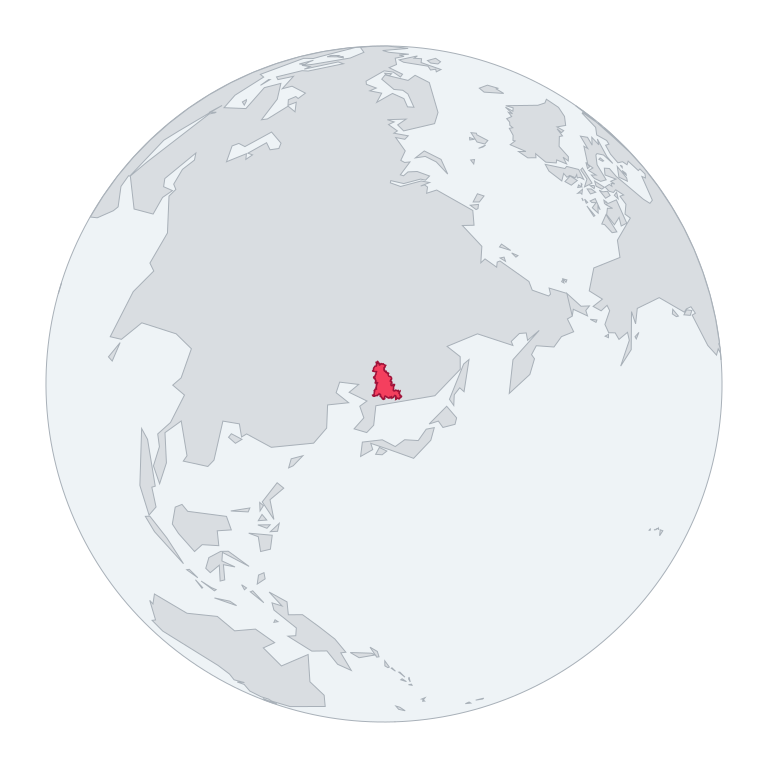 Jilin on an orthographic globe, rotated 35°
{"feature_id": "CHN-1828", "entity_name": "Jilin", "entity_type": "Province", "adm_level": 1, "iso_a3": "CHN", "parent_name": "China", "parent_adm1": "", "projection": "orthographic", "projection_center": [126.245, 43.576], "detail": "fine", "context": "on_globe", "style": "filled", "palette": "rose", "viewbox_px": 768, "rotation_deg": 35, "n_neighbors": 0, "source": "natural_earth", "source_scale": "10m", "svg_char_len": 17329}
<svg xmlns="http://www.w3.org/2000/svg" viewBox="0 0 768 768"><g transform="rotate(35 384 384)"><circle cx="384" cy="384" r="338" fill="#eef3f6" stroke="#a8b0b8"/><path d="M645.9,584.1L645.6,585.3L645.2,585.8L645.9,584.1ZM634.9,157.6L635.2,159.1L638.2,161.3L646.3,171.0L642.1,165.9L637.6,163.5L639.8,169.6L627.1,166.7L596.9,150.8L598.5,147.4L591.1,144.7L588.6,149.1L588.8,152.9L559.9,155.4L548.1,176.8L555.6,190.4L545.2,182.7L566.8,214.1L567.6,233.6L559.9,207.5L553.8,202.0L550.9,212.7L544.0,209.5L538.7,213.1L530.8,208.5L526.8,194.5L521.6,191.6L519.9,199.5L510.8,200.5L514.2,189.2L498.7,190.0L489.3,168.6L504.7,145.0L492.7,132.3L490.6,106.8L484.0,106.6L479.1,98.0L469.6,94.8L471.9,91.7L462.4,92.0L462.1,95.5L457.8,97.0L452.2,95.8L454.1,91.3L457.2,91.3L454.9,89.4L458.3,87.8L453.4,87.9L456.5,83.1L445.2,86.0L440.7,80.8L445.0,78.2L455.3,80.8L490.7,83.9L498.2,83.5L498.4,79.5L476.2,66.1L480.0,65.2L477.3,62.2L470.3,61.1L469.9,63.3L456.2,61.4L457.3,65.0L451.9,65.1L448.7,68.6L437.7,65.8L428.6,61.3L430.7,58.5L426.7,56.8L415.4,58.0L410.2,52.4L391.1,48.6L391.0,47.8L407.6,47.7L431.3,50.4L453.0,53.3L427.2,49.4L427.5,48.9L424.9,48.6L448.8,52.4L472.4,57.8L495.4,65.0L517.9,73.8L539.8,84.1L560.8,96.0L580.9,109.4L600.1,124.2L618.1,140.3L634.9,157.6ZM414.6,47.5L411.1,47.2L409.5,47.0L414.6,47.5ZM696.8,350.2L693.9,345.0L696.6,344.3L696.8,350.2ZM691.5,344.6L692.7,345.8L691.6,345.3L691.5,344.6ZM690.3,346.1L691.2,345.0L690.5,346.9L690.3,346.1ZM689.0,348.9L689.6,347.1L689.6,347.6L689.0,348.9ZM685.9,351.3L685.0,351.7L685.3,349.5L685.9,351.3ZM590.0,155.3L589.3,149.7L594.0,147.2L595.5,152.1L590.0,155.3ZM580.0,161.2L577.7,157.2L586.2,159.5L584.9,161.1L580.0,161.2ZM562.5,201.3L563.2,195.5L564.8,202.4L562.5,201.3ZM539.4,214.5L541.3,217.3L537.7,218.0L539.4,214.5ZM455.0,70.1L452.0,69.3L454.1,69.0L455.0,70.1ZM456.5,72.5L461.3,72.7L462.7,73.9L459.8,73.7L456.5,72.5ZM522.3,211.9L515.8,212.7L521.7,209.4L522.3,211.9ZM450.4,72.1L464.6,76.0L467.0,78.3L457.8,79.8L450.4,72.1ZM511.7,211.5L496.2,214.2L499.3,220.4L481.8,204.9L500.8,207.3L507.5,202.2L507.1,208.0L511.7,211.5ZM464.4,97.3L464.5,93.5L469.6,98.0L464.4,97.3ZM468.7,99.9L490.6,113.0L487.7,118.5L481.0,112.7L481.4,121.4L469.2,117.5L466.2,111.9L470.5,109.0L462.6,109.9L468.7,99.9ZM474.7,196.3L470.4,195.2L474.1,193.8L474.7,196.3ZM456.5,98.0L461.1,99.9L459.0,104.7L449.2,101.8L453.0,101.1L456.5,98.0ZM487.5,125.8L484.1,129.2L473.3,126.9L470.6,128.0L468.7,117.9L487.5,125.8ZM450.7,99.4L444.3,100.3L440.2,97.0L451.7,96.5L450.7,99.4ZM462.5,107.3L461.0,109.6L458.7,107.3L462.5,107.3ZM422.2,86.6L427.8,88.2L427.2,90.8L422.2,86.6ZM442.2,100.9L443.6,102.0L444.0,103.4L439.1,103.3L442.2,100.9ZM461.2,117.3L457.4,115.8L461.4,121.2L453.5,120.1L453.7,113.8L450.3,116.1L447.9,115.8L450.7,111.0L461.2,117.3ZM435.2,107.5L432.7,99.7L422.3,95.7L422.6,93.2L439.2,100.1L435.2,107.5ZM444.1,109.9L438.6,107.7L441.8,105.4L447.4,105.5L444.1,109.9ZM448.1,121.8L460.2,125.1L459.7,126.4L448.1,121.8ZM431.6,106.7L432.3,108.6L430.5,106.6L431.6,106.7ZM442.3,117.5L446.7,118.4L446.0,119.9L442.3,117.5ZM430.0,111.9L429.2,109.3L433.0,109.1L430.0,111.9ZM435.2,114.8L433.3,116.7L434.9,110.7L437.2,115.0L435.2,114.8ZM441.0,118.8L442.1,119.9L439.3,118.2L441.0,118.8ZM416.1,114.4L417.2,106.9L425.6,106.4L423.4,113.7L416.1,114.4ZM181.0,113.9L180.8,114.0L167.6,124.7L144.1,152.2L139.4,157.9L131.4,163.3L105.1,201.3L109.4,201.6L96.3,232.9L94.5,249.4L112.9,237.6L116.0,209.9L127.1,196.9L133.2,211.9L132.1,237.8L136.5,233.7L146.1,211.4L155.0,212.1L150.5,203.5L145.5,210.8L142.6,206.0L146.9,199.1L149.9,199.4L152.8,190.8L137.9,192.8L131.3,200.5L133.4,183.9L122.5,195.5L119.8,194.1L137.2,174.3L142.4,171.1L167.1,144.9L161.7,146.5L138.1,171.8L141.4,166.4L134.0,170.1L142.2,163.1L169.4,136.3L177.3,123.8L171.6,121.8L179.5,115.0L193.3,105.0L211.3,95.2L191.6,111.6L197.7,109.5L215.2,99.6L207.7,105.8L212.5,104.1L206.3,110.7L211.0,115.1L206.8,121.9L221.5,119.6L221.4,123.1L212.7,123.2L204.5,127.4L195.6,146.2L197.7,148.6L207.9,146.0L204.2,152.0L215.3,147.1L216.5,157.5L224.3,141.1L236.6,138.8L244.3,143.5L249.8,140.1L237.2,132.7L230.9,132.6L223.2,137.0L207.3,135.6L207.6,130.2L229.6,121.5L232.4,113.3L248.2,111.1L272.5,130.6L276.1,141.7L254.9,165.4L246.6,163.9L250.2,154.3L235.1,165.6L242.0,163.5L238.9,168.9L249.8,169.0L248.2,172.9L261.5,166.8L260.7,171.6L252.2,175.4L267.7,180.9L269.5,191.2L273.8,190.7L277.9,187.2L277.4,203.3L280.6,202.2L282.0,196.5L289.3,190.9L302.0,187.5L301.1,193.2L296.4,195.2L285.2,208.5L272.9,213.5L273.8,215.6L284.3,212.7L298.0,196.4L305.8,192.8L300.5,200.8L303.1,197.6L306.7,197.7L309.5,203.3L315.9,194.9L357.2,190.9L366.7,202.3L357.3,209.2L385.2,215.1L393.8,229.2L395.0,223.6L409.3,223.7L406.8,219.2L408.5,216.7L443.9,216.9L451.6,222.1L468.3,217.5L468.9,214.9L464.2,210.7L481.8,204.9L499.3,220.4L496.9,225.5L509.4,232.4L502.2,243.4L502.0,256.2L486.8,265.3L488.0,275.3L492.8,277.0L498.0,292.5L492.0,319.9L475.7,290.1L480.4,251.1L476.6,265.9L471.2,260.6L465.9,265.0L463.8,276.1L467.5,278.5L431.8,289.3L414.1,317.0L430.7,317.9L438.0,328.2L432.4,364.4L389.8,406.5L399.2,423.7L397.7,433.7L385.2,437.9L386.9,423.3L376.9,416.1L379.8,407.7L360.2,410.8L363.5,398.9L346.6,407.9L349.8,418.6L365.8,419.6L349.8,433.5L362.3,453.0L360.3,472.8L328.0,500.5L300.1,503.7L297.7,509.1L288.4,499.6L273.3,506.8L288.4,543.9L287.0,552.6L263.8,562.3L263.8,555.8L239.1,530.6L232.5,549.5L251.0,573.4L257.4,594.4L242.1,583.3L236.0,564.2L227.3,554.7L231.2,538.0L226.9,507.5L211.6,506.1L214.3,495.3L206.0,465.6L185.0,462.1L150.5,472.8L143.3,498.0L132.6,502.3L125.6,452.2L130.6,423.5L122.9,419.2L120.0,384.5L100.1,353.4L101.9,344.0L97.1,340.9L95.8,323.8L100.3,309.3L97.4,302.7L86.6,341.4L90.3,348.8L99.8,346.9L95.6,358.2L97.4,377.2L78.9,384.0L56.9,359.1L62.5,338.2L85.9,263.1L89.5,259.4L90.0,258.8L90.7,257.5L84.9,262.0L91.6,248.7L70.7,294.6L63.8,310.6L56.5,359.5L55.3,359.9L55.2,373.0L64.6,391.4L62.9,397.3L53.8,412.3L47.6,415.7L46.2,391.1L46.5,366.5L48.7,342.0L52.7,317.7L58.4,293.7L65.8,270.2L74.9,247.4L85.7,225.2L98.0,203.9L111.9,183.6L127.2,164.3L143.9,146.2L161.8,129.4L181.0,113.9ZM123.0,276.1L127.5,292.3L139.2,274.3L142.0,279.3L144.9,271.7L140.1,273.0L149.4,253.7L156.3,257.5L162.8,251.4L161.5,245.8L147.4,242.1L133.9,269.3L127.1,270.2L123.0,276.1ZM422.1,48.2L426.0,48.7L424.0,48.5L417.4,47.7L420.4,48.0L422.1,48.2ZM384.1,46.3L381.2,46.1L385.9,46.2L390.6,46.2L406.4,47.0L391.7,47.6L395.6,46.9L384.1,46.3ZM423.3,49.2L415.0,48.0L424.7,49.3L423.3,49.2ZM244.6,90.9L238.2,94.3L234.1,94.1L239.5,87.6L245.5,87.6L244.6,90.9ZM230.0,99.4L250.3,93.7L247.8,98.3L245.8,96.5L242.0,100.1L237.8,98.4L215.5,109.2L210.5,109.8L223.2,96.1L221.8,99.9L228.2,96.0L230.0,99.4ZM306.7,77.9L315.4,77.3L298.6,87.5L292.4,87.0L297.3,79.9L307.6,76.4L306.7,77.9ZM431.4,74.8L435.9,75.2L435.3,76.2L431.1,76.7L431.4,74.8ZM424.9,87.1L411.4,74.6L415.8,74.2L402.7,68.3L409.2,65.2L417.5,69.0L412.7,62.7L422.8,64.9L418.2,60.9L436.0,69.8L444.9,72.1L432.5,70.5L426.3,73.1L426.2,74.9L432.8,82.2L448.9,89.3L445.3,93.7L438.5,94.9L434.0,93.9L437.8,91.2L429.2,91.7L431.2,87.2L424.9,87.1ZM360.8,116.4L366.9,112.1L350.1,115.6L352.0,109.7L349.9,110.5L347.1,106.2L340.0,102.7L342.5,100.2L338.7,99.9L336.7,97.4L332.3,96.3L335.2,91.7L330.0,90.1L334.3,88.9L324.7,87.6L333.1,86.6L331.4,83.7L324.1,86.2L350.2,67.4L354.6,61.5L353.7,57.6L368.3,57.3L378.4,61.3L384.5,68.0L378.2,74.2L385.9,73.4L385.2,76.3L379.4,75.7L387.9,78.4L385.7,80.7L391.1,88.9L404.7,92.1L407.0,95.6L400.6,95.5L407.4,99.0L396.9,101.4L398.3,104.1L389.3,109.5L376.1,108.4L378.7,111.5L372.0,116.3L360.8,116.4ZM413.2,115.7L397.0,115.0L390.1,111.6L408.6,103.7L408.8,101.0L420.4,96.6L430.2,101.8L425.9,102.4L424.1,104.4L421.8,102.0L422.3,105.4L416.5,106.6L415.3,109.7L410.4,108.5L413.2,115.7ZM140.5,159.3L138.1,162.9L135.7,167.8L131.0,170.5L140.5,159.3ZM158.8,140.7L157.6,143.1L149.7,148.6L152.3,145.1L158.8,140.7ZM163.6,140.1L158.1,142.8L162.6,139.2L163.6,140.1ZM212.2,125.5L211.7,128.2L209.0,129.4L206.3,129.0L212.2,125.5ZM311.1,128.2L315.8,125.6L317.2,126.6L329.4,125.0L328.9,129.6L321.4,132.4L311.1,128.2ZM109.6,235.7L106.2,234.2L108.2,230.0L109.0,231.3L109.6,235.7ZM116.1,200.0L111.5,210.2L114.9,200.7L116.1,200.0ZM312.7,133.0L317.7,131.7L314.3,134.9L312.7,133.0ZM329.2,133.0L326.3,136.7L330.2,130.0L329.2,133.0ZM62.3,487.5L61.9,486.1L65.5,497.0L62.3,487.5ZM341.8,652.5L352.3,654.8L352.0,655.7L341.8,652.5ZM330.8,647.5L342.6,649.5L328.9,649.3L330.8,647.5ZM347.2,650.3L359.3,649.8L364.5,648.7L363.7,650.7L347.2,650.3ZM322.8,646.2L280.7,636.6L264.4,629.3L268.0,626.6L294.3,634.6L322.8,646.2ZM266.7,626.1L242.2,607.1L211.0,559.5L222.1,565.0L255.2,598.9L253.0,601.7L267.8,615.5L266.7,626.1ZM327.2,619.9L324.9,629.9L301.4,624.3L290.9,620.1L283.6,604.6L287.6,598.5L296.2,600.9L330.9,582.8L342.6,591.1L331.6,599.9L341.4,611.2L327.2,619.9ZM144.1,501.4L148.2,521.1L142.7,519.8L144.1,501.4ZM346.1,566.7L331.3,575.9L345.2,562.5L346.1,566.7ZM355.0,552.8L355.3,559.1L350.1,552.3L355.0,552.8ZM296.3,517.8L287.2,516.8L287.5,512.3L299.4,510.8L296.3,517.8ZM358.7,489.3L356.5,503.1L354.0,507.4L350.9,498.5L358.7,489.3ZM315.8,175.5L299.4,172.1L287.3,173.9L280.0,180.8L283.3,170.0L301.9,167.3L315.8,175.5ZM352.1,188.1L358.4,182.7L360.4,186.5L359.3,188.3L352.1,188.1ZM352.6,183.8L351.4,174.6L358.1,172.6L357.7,180.2L352.6,183.8ZM331.3,152.3L326.5,150.8L329.4,148.2L331.3,152.3ZM467.0,711.5L465.3,711.1L479.9,707.5L474.9,709.4L467.0,711.5ZM586.4,654.6L587.0,654.1L586.4,654.6ZM409.5,709.7L344.5,713.3L329.6,710.6L332.2,708.3L316.2,695.6L320.9,696.7L316.4,687.7L354.1,684.8L380.8,670.0L403.2,671.9L419.3,658.5L442.8,658.6L436.5,669.4L461.7,673.8L477.0,649.1L494.1,670.4L513.5,673.3L520.8,681.9L492.1,702.1L474.1,708.1L469.9,708.4L462.6,710.7L450.2,712.5L441.8,710.3L434.7,712.3L440.9,708.6L430.9,712.3L423.8,710.2L409.5,709.7ZM578.4,641.0L582.3,639.7L588.8,639.5L582.6,642.1L578.4,641.0ZM636.1,595.7L638.1,595.6L634.0,599.2L636.1,595.7ZM645.2,585.8L640.4,590.4L645.9,584.1L645.2,585.8ZM597.1,620.2L599.2,620.4L597.6,621.7L597.1,620.2ZM595.5,620.5L597.6,617.3L597.5,619.6L595.5,620.5ZM576.5,616.3L578.7,614.1L579.8,614.7L576.5,616.3ZM367.8,656.5L382.3,650.3L390.4,650.1L367.8,656.5ZM573.1,614.9L567.4,616.7L567.9,615.1L573.1,614.9ZM573.3,611.5L572.6,609.7L576.4,613.0L573.3,611.5ZM562.2,610.9L569.3,612.1L561.4,611.6L562.2,610.9ZM558.1,612.7L553.0,612.7L553.3,611.9L558.1,612.7ZM502.8,629.0L521.5,637.4L506.8,640.2L490.3,635.4L478.1,644.2L449.9,645.7L456.1,640.8L452.1,634.1L423.5,632.3L417.8,627.5L427.8,624.3L409.2,620.3L429.5,618.1L438.0,627.9L449.6,619.7L470.0,620.1L490.1,621.1L506.6,625.6L502.8,629.0ZM430.0,639.6L433.5,639.5L430.5,642.4L430.0,639.6ZM543.4,610.3L550.7,612.8L549.9,614.1L546.4,614.4L543.4,610.3ZM510.4,623.3L528.0,611.8L532.2,611.0L520.6,622.5L510.4,623.3ZM523.5,607.6L531.9,606.9L536.4,610.3L534.7,611.9L523.5,607.6ZM388.4,629.9L387.7,632.6L382.5,630.1L388.4,629.9ZM395.1,628.7L411.0,632.1L393.7,630.9L395.1,628.7ZM348.3,614.6L352.7,621.9L366.9,619.3L356.1,624.1L365.9,635.8L362.8,639.4L353.0,626.9L349.9,638.2L343.7,637.2L340.1,626.6L346.2,614.8L352.4,610.3L378.1,610.8L348.3,614.6ZM394.9,620.6L390.8,612.5L393.9,607.4L398.4,611.8L394.9,620.6ZM379.0,592.0L368.6,581.2L358.7,583.8L379.2,572.0L385.7,584.5L379.0,592.0ZM370.9,569.3L361.5,571.8L371.5,564.6L370.9,569.3ZM359.4,568.1L358.9,560.8L366.0,562.7L359.4,568.1ZM375.6,570.2L378.1,558.2L381.3,565.7L375.6,570.2ZM357.0,544.2L371.5,558.1L351.9,550.4L353.1,526.2L361.6,526.8L357.0,544.2ZM417.5,446.4L416.6,438.6L424.8,437.3L423.1,443.0L417.5,446.4ZM450.9,427.9L426.7,434.5L407.2,440.2L412.4,444.2L406.4,456.8L399.6,444.0L414.6,430.7L429.1,428.8L432.9,417.8L444.5,410.7L444.5,396.8L450.2,390.9L454.6,403.2L450.9,427.9ZM443.9,390.9L448.1,366.3L462.9,370.1L465.3,376.3L457.2,385.8L449.8,383.2L443.9,390.9ZM453.5,361.6L446.4,359.0L437.8,321.9L439.6,315.2L454.0,344.4L448.2,343.7L447.7,352.5L453.5,361.6ZM470.8,198.3L470.4,195.5L473.5,198.0L470.8,198.3ZM406.8,214.2L409.6,211.2L413.1,213.8L406.8,214.2ZM419.3,204.4L413.4,203.4L420.1,202.0L419.3,204.4ZM400.0,202.0L411.2,201.9L400.0,205.5L400.0,202.0Z" fill="#d9dde1" stroke="#a8b0b8" stroke-width="1"/><path d="M405.4,384.0L405.5,384.1L405.6,384.5L405.4,384.7L405.4,385.2L405.1,385.6L405.3,385.9L405.2,386.1L404.8,386.6L404.8,386.8L405.0,387.3L404.8,387.4L404.6,387.4L404.5,387.7L403.9,387.7L403.5,387.7L403.4,387.9L403.0,387.9L402.8,388.0L402.0,388.5L401.9,388.7L402.0,388.8L402.4,388.8L402.8,389.1L402.8,389.4L402.6,389.7L402.5,389.3L402.5,389.2L402.3,389.4L402.3,389.5L402.2,389.5L402.1,389.3L401.7,389.0L401.4,388.7L401.3,387.8L401.2,387.6L400.8,387.6L400.6,387.5L400.8,387.2L400.7,387.1L400.2,387.3L399.9,387.0L399.7,387.1L399.8,387.2L399.6,387.3L399.5,387.5L399.2,388.6L399.2,388.8L399.3,389.0L399.2,389.3L399.3,389.4L399.2,389.5L399.1,390.2L399.0,390.4L398.6,390.4L398.5,390.6L398.4,390.6L398.4,390.8L397.9,390.4L397.7,390.5L397.5,390.4L397.5,390.6L397.4,390.5L397.3,390.8L397.0,390.9L397.0,391.2L396.9,391.2L397.0,391.3L396.8,391.6L396.9,391.8L396.6,392.2L396.4,392.2L396.3,392.3L396.2,392.5L395.9,392.6L395.8,392.9L395.6,393.0L394.8,392.9L394.8,393.0L394.3,393.0L394.2,393.1L393.9,393.2L393.3,393.0L392.8,393.0L391.8,393.2L391.8,393.4L391.9,394.0L392.1,394.1L392.4,394.9L392.8,395.2L393.1,395.6L393.0,395.9L392.6,396.7L392.4,396.9L392.2,396.9L392.3,396.8L392.2,396.7L392.0,396.8L392.0,396.6L391.8,396.7L391.8,396.3L391.6,396.5L391.5,396.3L391.2,396.4L391.1,396.6L390.9,396.5L390.3,396.5L390.2,396.6L389.8,396.4L389.7,396.2L389.7,396.3L389.4,396.2L389.2,396.3L389.0,396.2L388.7,396.2L388.4,396.1L388.2,395.9L388.1,396.1L387.9,396.1L387.9,395.8L388.1,395.7L387.8,395.6L387.6,395.4L387.5,395.2L387.5,394.9L387.2,394.7L386.8,394.6L386.7,394.8L386.4,395.1L386.1,394.8L385.9,394.8L386.1,395.1L385.9,395.3L385.6,395.3L385.4,395.6L385.5,395.9L385.1,396.6L385.2,397.1L384.9,397.1L384.3,398.0L384.1,398.3L383.5,398.7L383.5,398.9L383.4,399.1L383.2,399.2L383.1,399.5L382.9,399.6L383.0,399.7L382.9,399.8L382.6,399.9L382.4,399.8L382.1,400.0L381.8,399.9L381.8,400.0L381.6,400.0L381.5,399.8L381.1,399.8L381.0,399.7L381.5,399.2L381.7,398.7L381.9,398.3L381.8,398.1L381.8,397.8L381.4,397.5L381.3,397.2L381.0,396.8L380.6,395.7L380.5,395.2L380.2,395.2L379.9,395.2L380.0,394.8L379.8,394.3L379.9,393.8L379.8,393.5L380.1,393.4L380.2,393.1L380.6,392.7L380.7,392.4L380.3,392.2L379.9,392.3L379.8,391.9L379.8,391.5L379.3,391.3L379.3,391.1L379.5,391.0L379.5,390.9L379.0,390.3L379.0,389.8L378.8,389.6L378.6,389.4L378.4,389.3L378.5,389.0L378.5,388.6L378.4,388.5L378.1,388.5L378.0,388.2L378.1,386.7L377.6,386.7L377.3,387.0L377.2,387.3L377.0,387.6L376.4,388.2L376.2,388.0L376.0,387.8L376.2,387.6L375.9,387.3L376.1,386.8L375.6,386.4L375.6,386.0L375.5,385.9L375.3,385.8L375.0,385.8L374.8,385.5L374.4,385.5L373.5,384.5L373.3,384.5L373.1,384.8L373.0,385.1L372.7,385.1L372.5,384.9L372.2,384.8L372.1,384.6L371.7,384.5L371.6,384.3L371.6,384.0L371.9,383.8L371.9,383.5L372.3,383.7L372.4,383.2L372.2,382.7L372.0,381.9L371.7,381.3L371.6,381.0L371.6,380.9L371.8,380.7L371.8,380.4L371.7,380.3L371.4,380.0L371.1,379.1L370.8,378.9L370.9,378.3L370.8,378.1L370.5,378.2L370.2,378.6L369.6,378.9L369.2,379.2L368.8,379.3L368.6,379.4L367.7,379.8L367.4,379.9L367.2,379.8L367.2,379.6L367.3,379.0L367.3,378.5L366.6,377.4L366.4,376.9L366.4,376.5L366.4,376.0L366.4,375.5L366.4,374.6L366.5,374.3L367.0,374.1L367.3,373.9L367.4,373.6L367.3,373.3L367.3,373.1L367.0,372.5L366.5,372.3L366.4,372.0L366.3,371.8L366.4,371.4L366.3,371.1L366.0,371.0L365.5,371.1L365.2,370.9L365.1,370.7L365.4,370.5L365.8,369.8L365.8,369.5L365.7,369.2L365.8,369.1L366.2,369.2L366.7,369.4L366.8,369.7L367.4,370.2L367.5,370.4L367.8,370.3L368.1,369.9L368.2,369.7L368.3,369.7L368.5,369.9L368.6,370.5L369.2,371.0L369.4,371.1L369.7,370.7L369.7,370.2L369.9,369.9L369.8,369.6L369.9,368.9L371.1,368.8L371.4,368.2L371.7,367.9L372.2,368.1L373.9,368.0L374.3,367.9L374.5,368.0L374.7,367.9L374.7,368.3L374.8,368.6L374.9,369.3L375.0,369.4L374.9,369.5L374.7,369.7L374.7,369.9L375.0,370.3L374.9,370.6L375.0,370.7L374.8,370.9L375.1,371.1L375.2,371.3L375.3,371.5L375.3,371.8L375.7,371.8L375.8,372.0L375.9,372.3L376.2,372.3L376.2,372.6L376.3,372.8L376.6,372.8L376.8,373.0L377.0,373.1L377.2,372.8L377.3,372.9L377.7,372.9L377.9,372.8L378.3,372.9L378.3,372.7L378.5,372.4L378.7,372.6L379.0,372.7L379.0,372.9L379.2,373.1L379.2,373.3L379.8,373.1L380.0,373.2L380.4,373.2L380.5,373.2L380.6,372.8L380.7,372.7L381.0,372.8L381.4,372.6L381.7,372.6L381.8,373.2L381.8,373.5L381.9,373.8L382.2,374.1L382.6,374.4L383.6,374.8L384.0,374.7L384.7,374.3L385.3,374.1L385.6,374.2L385.8,374.4L386.1,374.6L386.3,374.7L386.7,374.7L386.9,374.8L387.1,375.3L387.3,375.5L387.5,376.0L387.4,376.2L387.2,376.4L387.1,376.6L387.3,377.2L387.4,378.0L387.5,378.0L387.8,377.6L388.0,377.6L388.1,377.8L388.7,377.6L389.5,378.1L389.6,378.3L389.3,378.4L389.4,378.7L389.3,379.0L389.8,379.8L389.8,380.2L390.0,380.4L390.2,380.5L390.3,380.9L390.5,381.0L390.8,381.1L391.6,380.8L391.7,380.5L391.6,380.0L391.7,379.7L391.6,379.3L392.0,379.4L392.3,378.8L392.7,378.5L392.9,378.4L393.1,378.7L393.2,379.0L393.3,379.3L393.3,380.1L393.3,380.5L393.6,380.8L393.7,381.2L394.1,381.9L394.4,382.1L394.6,382.5L394.7,383.1L395.0,383.3L395.3,383.9L395.6,383.9L395.8,384.0L396.7,383.6L396.8,383.5L396.7,383.2L396.7,382.8L396.8,382.5L397.3,382.4L397.7,382.1L399.0,381.9L399.1,381.4L399.5,381.0L399.9,381.2L400.1,382.0L400.4,382.0L400.7,381.6L401.1,381.4L401.3,380.8L401.4,381.0L401.3,381.5L401.5,381.9L401.6,382.3L401.8,382.6L401.7,383.0L402.7,383.3L403.5,383.8L403.7,384.3L403.9,384.2L404.3,383.8L404.5,383.9L404.9,384.2L405.4,384.0Z" fill="#f43f5e" stroke="#9f1239" stroke-width="1.5"/></g></svg>